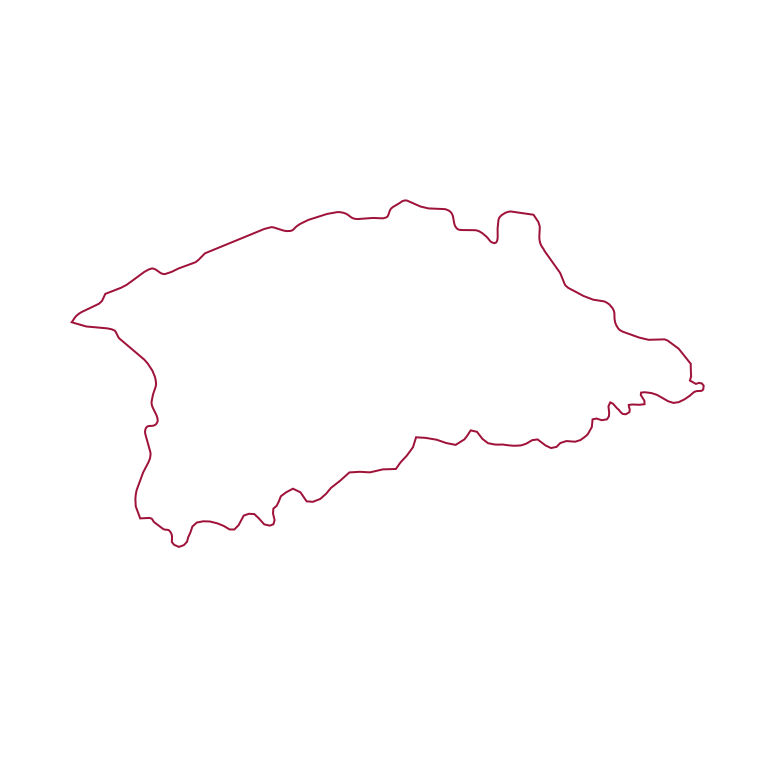 the Department of Durazno, rotated 187°
{"feature_id": "URY-13", "entity_name": "Durazno", "entity_type": "Department", "adm_level": 1, "iso_a3": "URY", "parent_name": "Uruguay", "parent_adm1": "", "projection": "albers", "projection_center": [-56.089, -32.962], "detail": "fine", "context": "isolated", "style": "outline", "palette": "rose", "viewbox_px": 768, "rotation_deg": 187, "n_neighbors": 0, "source": "natural_earth", "source_scale": "10m", "svg_char_len": 3760}
<svg xmlns="http://www.w3.org/2000/svg" viewBox="0 0 768 768"><g transform="rotate(187 384 384)"><path d="M567.7,197.3L572.7,198.8L575.3,201.3L575.8,206.8L576.4,208.7L577.5,210.6L579.7,212.7L581.5,212.9L583.2,212.7L585.4,213.1L595.7,219.1L596.9,220.7L598.1,222.0L600.5,222.5L609.6,220.9L615.5,232.3L616.8,239.9L616.9,244.2L616.6,248.5L612.3,266.8L608.2,277.8L607.2,281.6L607.1,285.8L607.6,287.9L615.0,305.7L615.4,307.8L615.3,309.8L614.8,311.6L613.7,313.0L612.2,313.6L608.3,314.4L606.7,315.1L605.4,316.3L604.6,317.8L604.1,319.6L604.6,322.2L605.9,325.1L610.8,332.6L611.9,334.9L612.4,336.7L612.5,338.7L612.0,345.4L610.3,353.6L610.2,355.7L610.9,359.5L612.3,363.3L615.5,369.0L620.9,375.4L624.8,378.9L652.5,397.1L653.3,398.0L656.6,403.0L657.8,404.2L660.8,405.1L665.5,405.5L686.5,404.8L701.5,407.2L698.7,412.6L697.8,414.0L695.7,416.3L693.0,418.5L676.6,429.0L674.0,432.1L671.6,439.5L656.7,447.5L651.7,450.9L635.5,466.1L631.5,469.0L628.3,470.5L626.3,470.3L624.4,469.7L619.6,467.1L617.6,466.4L615.0,466.3L608.5,469.4L601.9,473.7L585.9,481.9L583.4,484.4L577.6,491.9L521.7,523.3L515.1,525.9L512.9,526.0L502.1,524.0L499.5,523.9L495.9,524.4L493.8,525.3L492.4,526.7L491.4,528.2L489.5,530.3L486.7,532.7L479.0,537.7L461.1,545.9L451.3,548.9L449.2,549.2L445.0,549.0L442.9,548.5L441.2,547.9L436.4,545.2L434.5,544.6L432.4,544.4L430.3,544.5L415.0,547.5L405.2,548.3L402.4,549.4L400.9,550.7L400.2,552.6L399.4,556.7L398.5,558.8L396.8,560.7L390.8,565.3L388.0,567.8L385.8,568.7L383.6,568.9L369.4,564.6L361.3,563.7L344.8,565.0L342.7,564.6L340.8,564.0L339.2,563.1L337.9,562.0L336.9,560.6L336.1,559.1L333.9,552.1L333.2,550.4L332.3,549.0L331.2,547.7L329.8,546.7L327.9,546.2L325.6,546.3L312.0,547.8L309.9,547.6L307.9,547.1L304.5,545.5L300.1,542.6L298.8,541.5L296.2,538.9L294.5,537.8L291.6,537.2L290.0,538.1L289.2,539.8L289.0,541.8L289.1,544.0L290.2,552.2L290.4,561.0L289.7,563.4L288.0,565.8L284.3,568.8L281.6,570.1L279.2,570.7L256.2,570.2L250.6,563.7L248.7,559.6L248.4,557.6L247.8,549.2L247.5,547.2L246.6,544.0L245.7,542.0L244.1,539.6L242.1,537.4L240.8,535.5L222.7,515.7L216.8,505.1L215.8,503.8L212.7,501.8L196.5,495.6L186.7,493.2L175.3,492.8L172.8,491.9L170.1,490.5L166.5,487.2L164.9,484.9L164.0,482.6L163.1,476.6L162.0,473.1L160.3,470.1L158.1,467.5L156.8,466.4L153.4,465.0L136.5,461.2L126.8,460.1L111.0,462.5L107.8,461.7L95.8,454.9L81.9,441.3L81.8,439.3L80.1,428.8L80.8,424.7L74.4,422.1L71.6,423.5L68.6,423.3L66.5,421.3L66.5,417.4L68.0,415.9L73.1,415.0L75.4,413.7L79.2,409.5L84.0,405.3L89.3,401.9L94.4,400.5L99.8,401.5L111.8,406.5L117.5,407.6L124.2,407.6L127.8,406.8L127.8,404.4L123.5,399.1L123.0,395.7L127.9,394.5L134.4,394.0L138.5,393.1L138.2,391.5L137.0,388.8L137.0,385.9L140.4,383.4L143.5,383.4L145.9,385.1L147.9,387.1L149.5,388.1L154.4,392.4L157.2,393.3L158.5,389.3L157.0,382.8L156.8,379.3L158.4,376.1L163.4,374.6L168.9,375.6L172.7,374.3L172.5,368.8L172.5,366.5L175.7,358.8L178.2,356.0L182.2,352.3L187.3,350.0L196.0,349.6L201.8,346.9L205.1,342.6L210.4,340.8L216.0,342.6L224.8,347.7L230.1,346.3L235.7,342.0L240.6,339.7L247.7,338.5L253.5,338.3L258.6,338.4L266.0,337.4L273.5,337.9L279.6,341.5L285.9,347.9L292.3,348.5L295.4,342.2L297.5,338.8L305.5,332.3L315.0,333.0L324.9,335.1L336.2,335.6L345.7,335.0L347.5,324.8L352.6,315.7L358.0,308.3L361.9,301.1L374.8,299.1L387.1,294.6L397.4,293.9L407.6,292.0L415.7,282.7L423.9,274.5L428.1,268.0L433.2,262.2L440.2,258.4L446.5,258.1L453.7,266.3L461.6,269.0L467.9,264.6L472.7,260.0L474.2,254.2L475.7,250.0L478.6,246.8L478.4,242.0L476.0,235.5L476.7,231.3L480.1,229.5L485.8,230.1L492.1,235.6L496.9,239.1L502.3,238.7L507.2,236.3L511.1,226.2L514.8,221.4L519.5,220.8L525.8,223.6L532.5,225.4L540.1,226.3L546.7,225.7L552.9,223.7L556.8,219.2L558.0,213.3L559.6,208.2L560.3,203.4L563.0,199.7L567.7,197.3Z" fill="none" stroke="#9f1239" stroke-width="2"/></g></svg>